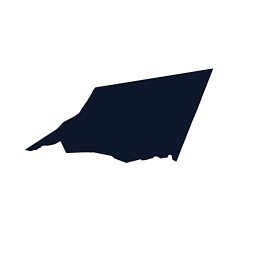 Coivaras, Piauí, Brazil, rotated 65°
{"feature_id": "56859067B16410045204103", "entity_name": "Coivaras", "entity_type": "district", "adm_level": 2, "iso_a3": "BRA", "parent_name": "Brazil", "parent_adm1": "Piauí", "projection": "equal_earth", "projection_center": [-42.266, -5.118], "detail": "fine", "context": "isolated", "style": "filled", "palette": "ink", "viewbox_px": 256, "rotation_deg": 65, "n_neighbors": 0, "source": "geoboundaries", "source_scale": "gbopen_adm2", "svg_char_len": 994}
<svg xmlns="http://www.w3.org/2000/svg" viewBox="0 0 256 256"><g transform="rotate(65 128 128)"><path d="M162.5,128.7L163.2,127.0L164.0,124.3L164.4,120.6L165.0,118.4L164.2,116.0L165.3,113.5L166.8,112.1L168.9,110.7L169.0,109.0L169.9,107.0L170.6,105.0L169.1,103.2L168.9,101.3L170.3,99.7L171.7,99.3L172.9,99.7L175.1,100.3L176.6,99.3L177.8,98.3L159.6,79.0L149.5,68.4L143.5,61.8L140.0,57.9L130.3,47.9L110.4,27.0L93.7,86.0L78.2,140.4L80.1,143.8L83.3,147.8L86.1,152.1L87.5,154.4L89.5,157.8L91.8,161.8L93.4,163.9L94.6,166.0L95.0,168.7L95.5,171.0L96.1,183.1L96.6,185.4L98.2,188.8L99.5,192.2L101.2,203.8L104.7,229.0L106.0,227.4L107.3,225.2L107.7,221.6L108.5,220.2L108.1,218.3L108.0,215.8L107.2,213.7L107.8,211.0L108.9,209.1L109.6,207.1L110.1,205.0L110.7,202.7L110.9,200.8L110.9,198.3L110.5,195.8L110.7,194.0L124.1,193.8L128.4,183.5L130.3,178.9L135.0,168.9L145.9,154.1L149.5,152.4L158.2,144.0L158.9,140.3L160.2,133.5L161.0,128.9L162.5,128.7Z" fill="#0f172a" stroke="#020617" stroke-width="1.5"/></g></svg>